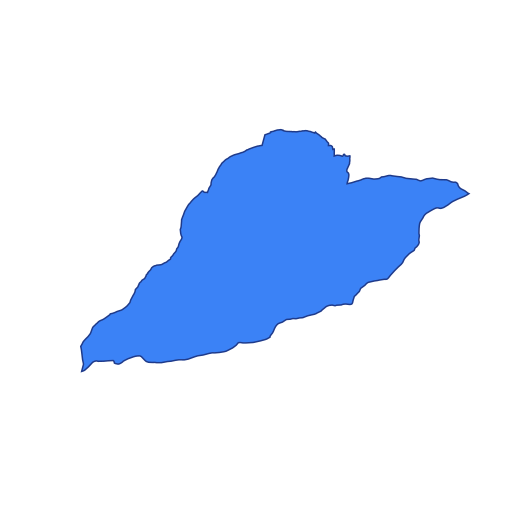 Turmequé, Boyacá, Colombia (Equal Earth projection), rotated 54°
{"feature_id": "7082276B20080835702605", "entity_name": "Turmequé", "entity_type": "district", "adm_level": 2, "iso_a3": "COL", "parent_name": "Colombia", "parent_adm1": "Boyacá", "projection": "equal_earth", "projection_center": [-73.519, 5.301], "detail": "fine", "context": "isolated", "style": "filled", "palette": "blue", "viewbox_px": 512, "rotation_deg": 54, "n_neighbors": 0, "source": "geoboundaries", "source_scale": "gbopen_adm2", "svg_char_len": 6091}
<svg xmlns="http://www.w3.org/2000/svg" viewBox="0 0 512 512"><g transform="rotate(54 256 256)"><path d="M330.7,47.1L329.7,47.6L326.0,48.7L322.3,50.6L321.2,51.0L319.4,51.2L318.1,51.1L316.0,50.4L315.6,50.4L314.0,50.9L313.3,51.5L312.6,52.7L310.7,54.5L308.3,55.8L306.4,57.0L302.3,62.4L300.3,64.4L296.8,67.3L294.4,71.6L293.9,72.4L293.3,74.2L292.7,76.8L292.1,78.5L291.7,79.0L290.3,80.0L288.3,81.1L286.6,83.1L281.4,88.9L277.4,92.0L274.7,95.0L271.0,98.9L270.0,99.7L269.0,101.1L268.4,102.4L267.3,105.3L266.6,106.7L265.9,107.8L265.8,108.9L265.8,110.5L265.1,112.1L263.1,115.4L259.7,118.7L258.7,119.9L257.5,121.7L257.3,122.5L256.8,123.5L256.2,125.9L256.1,126.6L255.5,128.3L255.3,129.1L254.8,130.0L252.9,135.7L251.1,139.8L250.0,138.7L249.4,137.9L248.9,137.1L246.9,134.9L245.6,133.7L244.5,132.9L243.2,132.5L242.6,132.6L242.1,132.8L241.0,132.8L239.9,132.1L239.4,131.5L236.3,126.1L235.4,125.4L234.1,124.1L231.9,122.6L231.6,122.2L230.3,121.2L230.1,121.2L229.5,122.5L228.8,123.7L228.1,124.2L227.6,124.8L226.9,124.9L226.2,124.6L225.9,124.6L225.6,124.8L225.4,125.1L225.4,125.6L226.0,126.5L226.1,127.0L226.1,127.5L225.9,127.8L225.3,128.0L224.9,128.3L223.7,129.3L222.1,131.2L221.3,133.3L221.1,133.9L221.0,134.0L220.8,133.6L220.6,133.4L219.4,132.7L217.0,130.9L215.4,129.8L215.2,130.0L214.9,131.2L212.7,130.1L212.3,130.0L211.3,130.2L210.4,130.7L209.2,132.5L208.3,131.7L207.9,131.3L207.1,131.0L205.6,131.3L202.0,131.3L201.3,131.8L198.7,133.1L198.1,133.0L196.6,133.5L196.1,133.5L194.1,134.1L193.7,134.3L192.0,134.9L190.7,135.0L190.7,135.5L191.0,135.8L191.1,136.2L190.4,136.6L188.8,137.9L187.3,138.8L186.0,140.1L185.0,140.8L183.7,142.2L182.8,143.9L182.3,144.5L182.1,144.9L181.4,146.6L180.7,147.5L179.8,149.4L179.1,150.6L177.8,152.1L176.8,153.6L176.3,154.0L173.9,157.1L173.0,158.2L171.6,159.5L170.3,160.4L170.1,160.2L168.4,161.6L167.2,163.7L166.6,164.7L165.5,167.9L165.5,168.4L164.7,170.0L164.2,171.3L164.7,171.6L164.6,173.0L164.2,174.1L163.8,175.7L163.2,177.5L170.1,186.1L169.3,187.5L168.4,189.5L168.0,190.2L166.7,194.1L165.4,198.7L165.2,200.2L164.8,201.0L164.8,203.3L164.4,205.6L163.7,207.4L163.1,209.6L162.6,210.9L161.6,213.5L161.2,214.9L160.5,218.6L160.5,220.0L160.6,221.1L160.3,223.1L160.3,224.5L160.6,226.3L160.9,229.3L161.5,230.4L161.9,231.6L162.3,233.0L162.8,234.0L163.5,235.6L165.1,238.1L165.7,239.3L166.5,240.7L167.5,243.2L167.6,243.8L167.6,244.5L168.3,246.7L169.0,247.7L170.5,249.4L171.7,250.3L172.3,251.2L173.5,254.2L174.7,255.8L175.6,257.3L176.1,257.9L175.7,258.2L174.5,260.0L174.0,260.4L172.1,260.9L171.8,261.3L172.1,263.5L172.9,267.6L173.0,271.2L173.2,273.2L173.8,276.2L174.4,278.2L174.7,280.1L175.6,282.3L177.9,287.4L180.2,290.7L181.1,292.2L182.0,293.5L182.7,294.6L183.2,295.1L184.0,295.7L188.0,299.1L188.9,300.0L190.1,301.7L193.6,303.7L195.1,304.3L197.3,304.8L198.0,305.5L198.5,306.2L199.7,309.1L200.8,311.0L202.7,313.3L203.1,314.1L203.6,315.9L204.9,317.5L205.3,318.5L205.6,319.8L205.9,321.3L206.4,322.5L206.8,323.5L206.8,324.3L206.9,325.0L207.3,326.2L208.0,326.6L208.3,327.2L208.1,329.2L208.2,330.5L208.3,331.4L208.3,332.4L208.1,333.0L207.8,334.2L207.6,336.0L207.5,337.1L207.1,338.2L206.1,340.0L205.1,341.6L204.8,342.9L204.3,344.0L204.1,345.3L204.2,347.3L205.3,349.6L205.6,351.8L206.1,353.6L206.6,354.0L206.6,354.9L206.7,355.6L207.1,356.3L207.7,356.9L208.2,358.2L208.6,358.9L208.8,359.6L208.7,360.7L208.6,362.5L209.2,364.2L209.3,365.6L209.6,366.7L210.2,367.3L210.5,368.2L211.2,369.1L211.6,369.9L212.2,373.2L213.7,374.8L214.8,376.6L215.7,378.7L218.0,383.3L219.6,385.4L220.6,389.5L220.8,391.9L220.8,395.0L220.7,396.6L219.2,401.1L218.8,403.3L218.4,404.7L218.0,406.0L217.3,407.5L217.2,408.0L217.4,408.5L217.6,408.8L217.6,409.7L217.6,414.3L217.5,416.5L217.3,417.7L216.7,420.3L216.6,421.9L217.0,424.3L217.0,425.3L217.4,427.5L217.5,429.0L217.9,430.2L218.7,431.5L221.0,434.9L221.5,435.9L222.5,439.3L223.0,442.6L223.5,445.0L223.9,446.4L225.1,448.6L226.1,450.9L229.3,452.4L232.4,454.1L237.7,457.1L241.5,458.8L242.3,459.3L245.8,463.6L246.9,464.9L247.5,463.0L247.7,461.7L247.2,456.8L246.0,450.7L246.2,448.8L247.0,446.8L248.4,445.6L251.6,441.0L253.8,437.3L256.6,433.0L257.8,432.8L259.4,433.5L260.4,432.9L262.2,431.3L262.8,430.4L263.2,428.5L263.3,426.4L263.1,425.3L263.3,423.4L263.9,419.9L265.5,414.4L266.3,412.3L267.4,410.3L268.5,408.7L269.9,407.9L275.1,407.2L276.8,406.8L278.8,405.4L281.3,402.3L282.6,400.4L283.8,399.2L286.7,395.2L289.3,389.7L291.2,386.5L293.2,382.1L294.7,379.3L297.9,375.0L299.5,371.6L301.5,364.7L302.5,361.8L305.0,357.0L307.2,351.3L308.6,348.3L310.0,346.5L312.6,342.2L314.5,338.4L315.4,336.3L315.9,333.6L316.6,329.0L316.6,326.6L316.5,324.3L315.8,321.6L316.0,320.7L316.9,319.4L318.6,317.7L320.1,315.7L324.3,309.1L325.7,305.9L327.3,302.2L329.0,297.7L329.5,295.9L329.9,292.4L329.2,291.8L328.6,290.2L328.0,288.0L327.2,286.3L325.6,283.7L324.7,281.9L324.2,280.5L323.9,279.2L323.8,277.8L324.1,276.4L325.0,273.5L325.2,269.1L325.4,268.4L327.3,265.4L328.1,263.3L328.5,262.6L330.1,260.7L330.4,260.2L331.8,256.9L333.0,255.1L333.5,254.1L333.9,252.4L334.8,249.2L336.3,245.6L337.4,243.1L337.9,241.4L338.0,240.2L338.6,236.9L338.8,235.6L338.5,234.3L338.3,230.8L338.2,229.8L338.2,229.1L338.3,228.2L338.9,226.0L340.4,223.3L342.7,221.3L343.2,219.7L345.7,215.8L346.0,214.6L346.5,213.4L347.6,211.6L350.2,208.8L350.7,208.0L351.0,207.3L351.1,206.5L350.6,205.4L348.7,203.2L346.5,200.2L346.2,197.4L345.9,196.3L345.4,193.2L343.7,190.4L343.7,189.5L343.7,185.2L343.3,183.2L343.2,181.9L343.3,180.7L345.8,174.8L347.3,172.0L348.1,170.1L350.2,166.0L351.4,164.3L351.7,163.5L351.7,162.8L351.5,161.6L350.6,158.5L349.3,152.3L348.5,147.3L348.1,143.5L347.5,141.2L345.8,138.2L345.1,136.1L344.2,130.6L344.2,128.4L344.4,125.4L344.3,124.5L343.9,123.9L343.4,123.3L343.1,122.6L343.0,122.2L343.0,120.7L342.5,118.7L341.8,117.1L340.8,115.9L338.7,114.9L335.6,111.9L333.5,110.9L329.7,108.0L327.6,106.2L325.9,104.5L325.0,103.1L323.2,98.4L322.5,97.2L321.9,95.4L321.7,94.2L321.6,92.9L321.8,91.0L322.0,88.4L322.4,85.1L322.8,82.9L323.3,81.5L324.0,80.5L325.2,79.5L326.1,78.5L326.7,76.9L327.1,75.5L327.5,70.7L327.4,67.1L327.5,64.9L327.8,63.2L328.4,59.8L330.2,52.2L330.6,49.2L330.7,47.1Z" fill="#3b82f6" stroke="#1e3a8a" stroke-width="1.5"/></g></svg>